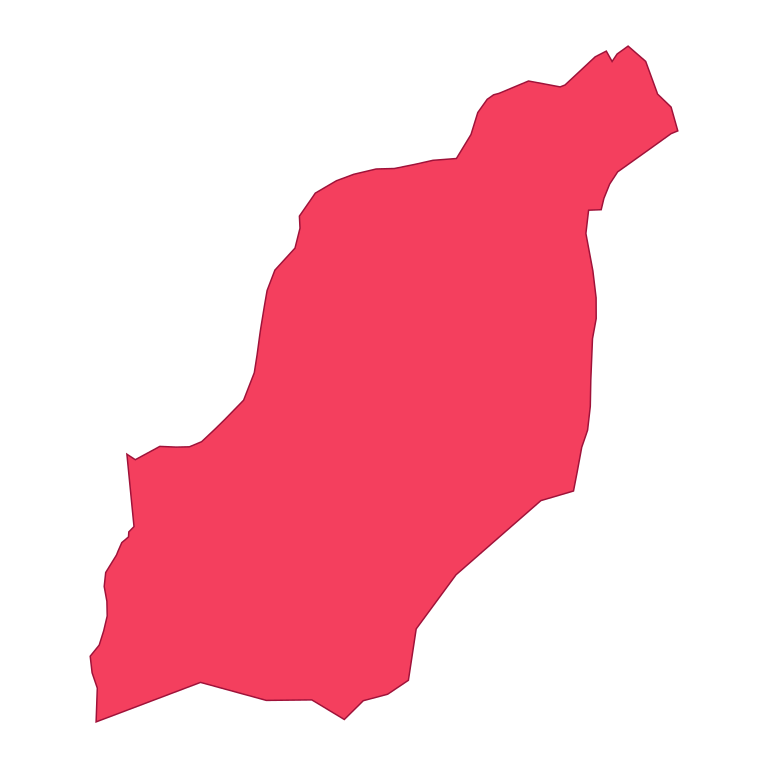 the district of Billiri, Gombe, Nigeria
{"feature_id": "59680162B8070211954831", "entity_name": "Billiri", "entity_type": "district", "adm_level": 2, "iso_a3": "NGA", "parent_name": "Nigeria", "parent_adm1": "Gombe", "projection": "natural_earth1", "projection_center": [11.13, 9.845], "detail": "fine", "context": "isolated", "style": "filled", "palette": "rose", "viewbox_px": 768, "rotation_deg": 0, "n_neighbors": 0, "source": "geoboundaries", "source_scale": "gbopen_adm2", "svg_char_len": 1368}
<svg xmlns="http://www.w3.org/2000/svg" viewBox="0 0 768 768"><path d="M96.1,721.9L200.5,682.4L266.3,700.4L311.8,699.9L344.3,719.5L363.3,700.7L387.7,694.2L408.4,680.3L416.2,628.9L456.0,574.8L540.9,500.6L573.5,491.0L577.2,471.9L581.8,446.9L582.0,446.5L582.3,445.6L586.1,434.6L587.6,430.1L590.3,406.3L590.8,380.2L592.5,338.7L596.2,318.6L596.1,297.8L592.9,271.0L585.9,233.5L588.6,210.2L601.2,209.7L603.9,198.4L609.7,184.0L616.6,173.5L617.6,171.9L618.9,171.0L653.9,146.0L671.0,133.7L675.1,132.0L677.8,130.9L671.1,107.1L657.5,94.0L657.0,92.4L645.7,61.4L628.1,46.1L617.1,54.0L612.1,61.5L606.3,51.1L595.2,56.8L565.0,85.0L564.5,85.2L560.1,86.9L554.2,85.8L547.9,84.6L528.5,81.0L498.9,93.4L493.6,94.8L487.2,99.3L477.8,112.5L471.0,134.5L456.4,158.5L447.4,159.2L433.0,160.3L414.7,164.4L394.4,168.5L379.2,168.9L376.1,169.0L353.7,174.3L336.5,180.7L325.7,187.0L315.3,193.1L309.5,201.6L308.5,203.0L299.4,216.1L300.0,228.2L295.0,248.1L274.9,270.1L267.1,290.5L264.4,306.0L260.7,328.6L259.8,334.8L257.1,354.8L254.3,372.7L243.6,400.2L224.6,419.7L214.6,429.5L201.6,441.7L189.4,446.8L176.2,447.1L159.8,446.4L135.3,459.7L126.9,454.2L134.0,526.6L128.8,531.9L128.5,536.9L121.8,542.6L118.1,551.0L116.5,555.0L105.7,572.5L104.2,586.5L106.9,601.4L107.2,616.0L103.7,630.8L99.2,645.1L90.2,656.2L92.1,672.8L97.3,688.1L96.5,710.7L96.1,721.9Z" fill="#f43f5e" stroke="#9f1239" stroke-width="1.5"/></svg>